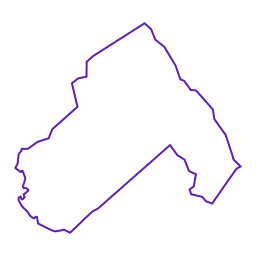 outline of Hampton, South Carolina, United States of America
{"feature_id": "52423323B13440849980241", "entity_name": "Hampton", "entity_type": "district", "adm_level": 2, "iso_a3": "USA", "parent_name": "United States of America", "parent_adm1": "South Carolina", "projection": "orthographic", "projection_center": [-81.257, 32.792], "detail": "fine", "context": "isolated", "style": "outline", "palette": "violet", "viewbox_px": 256, "rotation_deg": 0, "n_neighbors": 0, "source": "geoboundaries", "source_scale": "gbopen_adm2", "svg_char_len": 1297}
<svg xmlns="http://www.w3.org/2000/svg" viewBox="0 0 256 256"><path d="M21.8,148.9L21.7,149.5L21.6,150.2L21.4,150.9L20.9,151.3L18.7,154.2L18.0,159.7L17.7,163.4L15.4,167.9L15.7,168.4L20.8,172.0L21.3,171.8L21.5,171.4L21.6,171.1L21.9,170.9L22.2,170.9L22.6,171.0L25.2,177.6L25.3,178.8L24.0,183.1L23.2,185.4L22.9,185.9L22.9,186.3L23.7,188.1L26.3,188.2L28.0,189.5L28.3,190.3L27.7,191.2L24.3,194.0L23.7,194.3L24.0,196.2L24.6,196.8L24.6,197.2L22.9,199.1L22.1,199.4L21.8,199.3L21.3,198.6L20.6,196.6L20.1,196.6L19.3,197.2L18.7,197.8L18.6,200.2L21.2,205.1L23.8,208.3L26.7,210.8L27.9,212.2L29.6,215.3L32.7,217.9L33.4,218.2L34.5,218.1L35.7,216.8L36.3,216.9L37.0,217.2L37.2,217.7L37.5,220.3L38.0,223.5L52.3,230.6L55.4,231.3L59.7,230.7L62.9,229.9L63.9,229.8L64.3,229.9L70.1,232.7L92.2,211.6L97.9,208.6L170.0,145.1L177.3,155.1L184.5,159.6L189.0,171.0L195.9,174.3L193.8,186.4L189.6,189.4L191.1,194.2L202.1,196.8L206.0,201.3L212.2,203.5L224.4,185.9L229.1,179.2L236.6,168.6L240.6,166.5L233.5,159.5L232.3,155.0L225.6,134.9L214.4,119.2L212.8,109.4L196.0,90.4L190.8,90.0L184.1,80.8L180.3,79.3L175.6,65.7L164.2,46.7L155.4,39.8L151.1,29.2L144.5,23.3L93.2,56.0L86.7,61.8L86.5,76.7L78.1,78.4L71.9,83.3L77.5,106.8L52.3,129.2L48.7,138.3L37.7,141.8L27.9,148.8L21.8,148.9Z" fill="none" stroke="#5b21b6" stroke-width="2"/></svg>